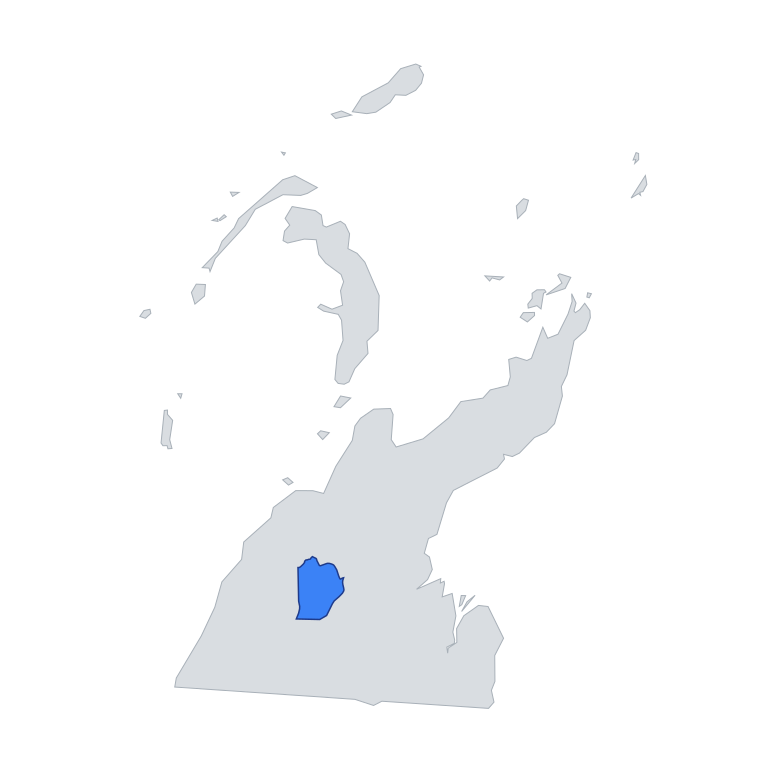 Enga highlighted on a map of Papua New Guinea, rotated 274°
{"feature_id": "PNG-1238", "entity_name": "Enga", "entity_type": "Province", "adm_level": 1, "iso_a3": "PNG", "parent_name": "Papua New Guinea", "parent_adm1": "", "projection": "robinson", "projection_center": [143.878, -5.472], "detail": "fine", "context": "in_parent", "style": "filled", "palette": "blue", "viewbox_px": 768, "rotation_deg": 274, "n_neighbors": 0, "source": "natural_earth", "source_scale": "10m", "svg_char_len": 4688}
<svg xmlns="http://www.w3.org/2000/svg" viewBox="0 0 768 768"><g transform="rotate(274 384 384)"><path d="M67.7,510.9L67.4,404.0L62.6,396.0L67.4,377.0L67.1,196.4L76.2,197.3L119.9,219.3L149.5,230.8L175.3,236.1L199.1,254.2L216.6,255.1L242.6,280.5L253.1,282.2L271.5,303.4L272.6,320.5L270.6,331.4L298.6,341.7L325.5,356.3L340.1,357.9L348.2,363.0L358.2,375.5L360.0,392.2L354.2,395.2L329.0,395.1L322.0,400.5L332.0,426.8L354.7,450.9L371.8,461.9L376.8,483.7L385.5,490.4L391.1,507.7L399.9,509.5L417.2,506.7L420.0,513.9L417.4,524.9L419.9,529.3L451.7,538.5L441.0,544.1L445.8,554.1L466.6,562.7L479.4,565.9L487.2,564.9L478.1,569.9L470.0,568.4L468.5,569.9L471.8,574.1L478.5,578.6L471.5,584.3L464.5,585.2L451.7,581.4L440.6,570.6L405.9,565.9L393.9,561.1L384.4,562.8L356.3,556.9L347.2,549.3L341.1,537.8L324.5,523.9L320.6,517.1L322.2,508.1L317.6,509.4L308.1,502.8L282.7,460.6L269.8,454.6L237.7,447.3L233.0,439.1L217.9,436.0L214.6,441.4L202.3,445.1L191.9,441.1L181.5,430.8L193.8,454.2L189.4,454.1L191.4,457.7L189.1,458.3L175.7,456.9L179.8,466.6L157.7,471.9L141.3,470.0L133.4,472.4L130.2,472.2L125.9,465.0L119.9,466.3L125.0,466.5L131.3,474.7L145.1,473.5L158.4,479.8L169.7,493.7L169.3,503.3L138.7,521.0L120.9,513.4L95.1,515.4L85.9,512.5L74.3,515.9L67.7,510.9ZM529.6,274.1L535.9,278.9L542.3,273.8L554.6,280.0L552.2,303.3L548.2,309.7L537.8,312.1L536.5,315.5L543.3,329.2L540.4,334.1L531.4,339.2L516.5,338.6L512.5,348.0L504.2,356.4L471.9,373.0L437.0,374.3L425.5,364.0L413.4,365.9L397.3,353.8L383.7,348.9L381.0,344.3L381.4,338.2L385.1,334.7L409.3,335.3L424.6,340.1L444.7,337.2L450.3,333.5L452.5,318.7L455.8,312.5L459.2,315.3L455.0,326.9L459.7,337.2L474.0,334.1L483.2,336.6L490.3,333.5L500.5,317.4L508.5,310.0L523.2,306.3L523.0,294.4L517.9,278.0L520.0,273.3L529.6,274.1ZM705.4,393.4L703.5,398.7L702.6,397.0L695.2,401.9L686.7,400.4L679.2,395.1L673.5,385.7L673.3,375.1L665.2,370.4L654.6,356.9L652.5,348.0L653.4,333.4L668.9,341.9L684.7,367.2L699.7,378.6L705.4,393.4ZM585.6,280.6L575.3,303.8L568.8,294.3L566.3,287.7L565.8,270.0L549.3,243.4L532.3,234.6L497.6,207.0L484.0,202.6L487.4,201.4L487.4,194.6L504.5,209.0L515.1,212.5L529.2,223.6L538.8,227.4L580.7,268.7L585.6,280.6ZM309.6,165.7L342.3,166.7L342.9,169.8L338.6,170.1L333.0,175.7L313.5,174.1L304.9,177.0L304.3,173.0L307.4,171.9L307.0,167.8L309.6,165.7ZM473.7,521.9L479.7,525.9L484.8,525.4L488.6,530.0L489.2,537.5L487.1,539.2L485.6,536.8L469.8,535.4L472.8,531.1L469.8,522.6L473.7,521.9ZM470.8,198.9L459.2,198.8L450.5,189.8L461.9,185.5L470.5,189.7L470.8,198.9ZM497.1,554.5L504.5,549.8L506.2,551.4L503.4,562.9L491.9,558.0L484.2,539.5L497.1,554.5ZM558.3,505.7L570.8,503.6L576.8,508.6L578.6,510.4L577.4,515.3L566.9,513.2L558.3,505.7ZM586.7,617.5L610.2,630.2L601.4,632.3L594.0,628.9L593.1,625.8L590.1,626.8L591.7,624.6L586.7,617.5ZM367.7,351.8L357.3,342.2L357.9,335.7L369.0,341.5L367.7,351.8ZM465.9,529.1L462.8,529.4L455.9,522.7L460.1,515.2L464.9,518.0L465.9,529.1ZM650.0,332.8L645.5,317.3L649.5,312.6L653.4,322.4L650.0,332.8ZM331.6,332.8L324.3,326.7L329.7,321.1L332.9,324.1L331.6,332.8ZM442.2,145.3L438.2,146.5L432.9,141.4L434.4,135.7L440.5,139.4L442.2,145.3ZM283.8,294.5L279.5,300.1L276.5,295.8L281.3,289.6L283.8,294.5ZM498.9,477.1L499.1,495.8L495.9,492.1L497.4,484.4L494.1,482.2L498.9,477.1ZM172.5,482.0L179.6,489.6L162.5,477.3L172.5,482.0ZM178.6,480.2L169.3,477.0L167.4,474.6L178.4,475.8L178.6,480.2ZM632.4,619.3L631.7,621.9L625.6,622.4L621.5,618.7L625.5,619.5L624.8,616.9L632.4,619.3ZM564.7,217.3L565.0,226.0L560.6,219.9L564.7,217.3ZM541.7,212.7L539.9,215.0L535.5,209.0L536.4,207.8L541.7,212.7ZM489.2,580.8L488.5,584.6L484.3,582.7L484.9,580.3L489.2,580.8ZM537.9,206.0L534.6,207.1L535.2,201.2L537.9,206.0ZM359.9,178.9L360.2,183.2L355.6,182.2L359.9,178.9ZM608.2,265.6L607.7,269.5L605.2,268.2L608.2,265.6Z" fill="#d9dde1" stroke="#a8b0b8" stroke-width="1"/><path d="M194.9,311.0L195.0,311.9L195.1,312.3L195.2,312.5L195.5,313.0L196.0,313.6L198.6,316.0L200.0,316.9L200.6,317.2L200.8,317.2L201.6,317.2L201.8,317.3L202.8,318.2L203.0,318.4L203.1,318.6L203.1,319.1L203.1,319.4L203.2,319.7L203.3,320.0L203.6,320.5L203.9,321.3L204.0,322.2L204.1,322.5L204.4,322.9L204.8,323.0L205.5,323.4L206.8,324.6L205.9,326.7L205.4,328.1L204.8,328.8L204.0,329.1L203.1,329.4L198.6,332.1L198.3,332.7L198.3,333.4L200.9,339.3L201.2,340.4L201.2,341.2L201.2,342.3L200.7,344.5L200.3,345.6L199.8,346.5L198.4,347.7L195.3,349.8L189.3,352.2L187.0,353.4L186.5,353.8L186.4,354.2L186.6,354.6L187.5,356.0L187.7,356.6L187.9,357.2L185.3,356.6L183.4,356.5L181.2,356.9L177.7,358.0L175.8,358.4L174.6,358.2L172.4,357.1L168.6,353.9L164.2,349.5L161.3,347.9L149.1,342.9L144.6,336.3L143.5,312.9L149.4,314.8L153.7,315.5L156.3,315.4L161.4,314.0L194.9,311.0Z" fill="#3b82f6" stroke="#1e3a8a" stroke-width="1.5"/></g></svg>